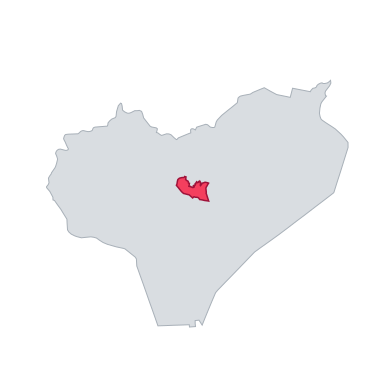 Al-Falluja, Al-Anbar, Iraq shown in context, rotated 282°
{"feature_id": "34846034B2556059967776", "entity_name": "Al-Falluja", "entity_type": "district", "adm_level": 2, "iso_a3": "IRQ", "parent_name": "Iraq", "parent_adm1": "Al-Anbar", "projection": "natural_earth1", "projection_center": [43.931, 33.191], "detail": "fine", "context": "in_parent", "style": "filled", "palette": "rose", "viewbox_px": 384, "rotation_deg": 282, "n_neighbors": 0, "source": "geoboundaries", "source_scale": "gbopen_adm2", "svg_char_len": 5664}
<svg xmlns="http://www.w3.org/2000/svg" viewBox="0 0 384 384"><g transform="rotate(282 192 192)"><path d="M155.3,57.7L158.0,57.0L163.0,52.8L166.0,48.9L166.9,48.6L169.5,49.9L171.4,50.2L175.7,48.7L178.2,49.5L180.4,50.5L181.6,50.6L187.4,53.0L188.8,53.3L191.8,53.6L196.3,53.7L199.1,52.1L201.2,50.6L202.6,50.6L204.0,51.0L205.1,51.7L206.1,52.8L206.6,54.4L206.4,59.6L206.8,61.0L207.6,62.0L208.6,62.1L209.8,61.0L211.9,59.4L214.5,57.6L216.5,55.9L217.6,55.3L219.3,55.4L221.0,55.7L222.0,56.5L222.9,59.2L225.2,68.3L226.5,69.5L228.0,70.4L229.1,71.8L229.5,73.1L229.4,75.3L229.4,77.7L230.0,79.6L230.9,81.0L231.7,81.7L232.9,81.8L234.3,82.2L235.3,83.6L238.4,94.0L238.7,95.3L240.0,95.7L242.1,95.5L244.3,96.6L246.6,98.3L248.8,101.5L250.3,102.0L254.8,101.5L261.1,102.0L264.1,103.7L263.8,104.7L261.5,105.8L257.6,107.1L256.4,109.4L255.7,112.2L255.9,113.9L256.9,115.7L259.7,119.2L259.9,120.5L260.4,122.3L260.9,123.5L260.4,125.9L257.8,127.6L254.4,129.3L247.7,137.3L247.2,139.0L247.3,143.7L246.6,145.0L244.5,145.0L242.8,144.8L242.7,146.4L241.6,148.6L241.0,150.5L243.6,155.0L244.0,157.4L243.6,159.6L241.3,163.3L240.0,165.8L240.3,166.4L242.1,167.4L247.8,175.7L249.6,178.5L252.0,177.8L252.9,177.8L253.6,178.3L254.0,179.3L254.0,180.5L253.4,182.4L256.4,183.1L257.5,185.0L261.1,191.4L261.0,193.3L259.3,196.4L259.3,198.4L259.7,200.2L260.3,200.8L265.5,201.1L267.7,201.8L273.1,205.1L279.3,210.1L284.4,214.3L288.8,217.8L293.4,217.5L294.6,218.2L295.8,219.3L297.2,222.2L299.9,228.7L302.1,230.9L305.7,236.1L309.0,241.0L306.9,247.7L304.9,254.6L305.0,263.6L305.0,268.4L309.4,268.6L314.4,268.8L314.5,274.6L314.6,280.3L314.7,286.9L316.1,287.2L318.5,288.6L319.5,290.8L320.7,291.9L322.2,292.1L323.7,293.2L325.2,295.1L325.8,296.5L325.4,297.5L325.7,299.3L326.8,301.7L328.0,302.9L330.0,304.3L327.4,305.2L324.5,304.5L318.4,301.6L316.5,301.5L313.9,302.6L313.8,303.6L307.4,300.4L305.1,299.7L304.3,299.7L300.6,299.7L295.4,300.3L292.4,301.6L290.2,303.0L289.3,304.4L289.0,305.1L287.3,309.2L285.4,314.3L283.5,319.0L279.6,325.6L277.5,328.6L272.9,334.3L268.0,335.4L256.4,334.3L243.5,333.1L230.8,331.8L221.2,330.9L220.5,330.6L211.1,322.6L203.7,316.2L194.4,308.3L185.0,300.1L175.4,291.9L168.5,285.9L160.0,278.2L152.4,271.2L146.3,265.7L138.6,260.9L132.5,257.1L123.7,251.6L116.7,247.2L110.7,243.4L101.4,237.6L98.4,236.0L88.7,234.1L79.6,232.4L70.2,230.7L63.9,229.6L68.1,225.5L66.9,221.8L63.8,222.5L61.1,223.4L59.4,217.6L61.6,216.9L59.7,209.4L57.8,201.6L55.9,194.2L54.0,186.5L62.1,181.6L68.0,178.0L76.4,172.8L84.5,167.9L92.2,163.2L100.6,158.0L108.1,153.4L115.0,151.5L116.5,150.0L119.7,143.7L122.4,138.3L122.6,137.0L122.6,129.4L123.2,120.4L124.1,115.6L125.7,111.3L127.1,108.2L127.3,105.3L127.1,102.4L125.7,97.9L124.2,93.3L124.4,88.8L124.7,86.5L125.7,82.6L127.3,79.8L129.1,78.1L135.6,76.3L139.4,75.3L144.6,70.3L147.7,67.4L151.9,62.7L155.1,59.3L155.3,58.1L155.3,57.7Z" fill="#d9dde1" stroke="#a8b0b8" stroke-width="1"/><path d="M194.5,206.1L194.8,206.0L195.2,205.9L195.5,205.8L196.0,205.6L196.7,205.4L197.3,205.2L198.2,204.9L198.7,204.8L199.0,204.8L199.7,204.9L200.2,205.1L201.4,205.5L201.8,205.6L202.5,205.8L203.6,206.2L204.1,206.4L204.2,206.0L204.3,205.3L204.3,204.6L204.3,204.0L204.3,203.3L204.2,202.6L204.1,202.4L203.9,202.2L203.4,201.4L203.2,201.1L203.0,200.7L202.8,200.1L202.6,200.1L202.4,200.0L202.1,200.0L201.7,199.8L201.2,199.6L200.9,199.4L200.7,199.4L200.0,199.0L200.1,198.9L200.3,198.7L200.5,198.7L200.9,198.7L201.2,198.6L201.6,198.6L201.8,198.6L202.3,198.5L202.7,198.4L203.0,198.4L203.5,198.0L203.8,197.8L204.2,197.4L203.9,197.3L203.5,197.2L203.4,197.2L203.3,196.9L203.6,196.7L203.8,196.6L203.7,196.4L203.2,196.3L202.9,196.2L202.7,196.1L202.6,195.9L202.7,195.7L202.7,195.4L202.4,195.3L202.2,195.2L202.0,194.9L202.1,194.7L202.3,194.7L202.6,194.6L202.8,194.5L202.9,194.4L202.7,194.3L202.2,194.2L201.8,194.0L201.7,194.0L201.3,193.7L201.1,193.6L200.8,193.4L200.6,193.3L200.3,193.4L200.2,193.5L200.1,193.8L199.8,193.8L199.5,193.7L199.3,193.5L199.2,193.4L199.1,193.1L199.0,192.8L198.8,192.4L198.6,192.1L198.4,192.0L197.9,192.0L197.9,192.3L198.0,192.6L198.0,192.9L197.8,193.1L197.5,193.1L197.2,193.0L196.9,192.7L196.7,192.3L196.7,192.1L196.5,191.7L196.5,191.1L196.7,190.4L196.9,190.1L196.8,189.8L197.0,189.7L197.2,189.3L197.2,189.1L197.1,188.9L196.9,188.6L196.9,187.8L197.8,187.8L198.2,187.8L199.2,187.7L199.5,187.7L199.9,187.7L199.9,187.4L200.0,187.1L200.0,186.9L200.1,186.6L200.6,186.5L200.8,186.5L200.9,186.4L201.1,186.4L201.4,186.2L201.5,186.0L201.6,185.8L201.7,185.6L201.8,185.6L201.8,185.4L201.9,185.2L202.0,185.1L202.1,184.8L202.1,184.7L202.1,184.4L202.3,184.2L202.6,183.8L202.6,183.6L202.8,183.3L203.0,183.1L203.3,183.1L203.6,183.2L203.9,183.1L204.0,183.1L204.4,183.1L204.8,183.0L205.4,183.0L205.5,183.0L205.6,181.6L205.3,181.6L205.1,181.5L204.9,181.4L204.6,181.2L204.5,180.9L204.4,180.6L204.3,180.1L204.2,179.8L204.1,179.5L204.1,179.4L203.9,178.8L203.8,178.7L203.5,178.0L203.2,177.5L203.0,177.2L202.9,176.8L202.1,176.2L201.3,175.6L200.3,175.5L198.6,175.5L197.7,175.6L196.9,175.6L196.0,175.6L195.9,175.5L195.4,175.3L194.9,175.8L194.1,176.8L193.6,177.5L193.0,178.2L192.6,178.7L192.1,179.2L191.8,179.7L191.5,180.0L191.1,180.5L190.6,181.1L190.3,181.6L190.0,182.0L189.5,182.7L189.3,183.2L189.1,183.5L188.8,184.1L188.8,184.7L188.8,185.2L188.8,185.7L188.8,186.0L188.7,186.5L188.7,187.0L188.7,187.3L188.7,187.9L188.6,188.6L188.7,189.5L188.6,189.8L188.2,190.6L187.1,192.5L186.8,193.1L186.3,193.8L186.7,194.2L187.5,194.6L187.8,195.2L187.8,195.3L187.6,195.8L187.6,196.7L187.8,197.6L187.9,198.9L187.4,199.9L186.6,200.7L186.2,201.2L186.3,201.8L186.4,203.7L186.3,205.9L186.6,209.6L186.6,210.2L193.1,206.5L193.4,206.3L193.6,206.1L194.0,206.1L194.4,206.1L194.5,206.1Z" fill="#f43f5e" stroke="#9f1239" stroke-width="1.5"/></g></svg>